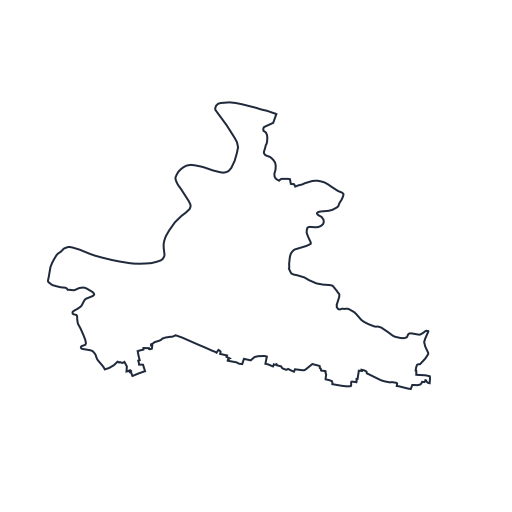 Binh Luc, Hà Nam, Vietnam, rotated 283°
{"feature_id": "81297802B47692200365960", "entity_name": "Binh Luc", "entity_type": "district", "adm_level": 2, "iso_a3": "VNM", "parent_name": "Vietnam", "parent_adm1": "Hà Nam", "projection": "equal_earth", "projection_center": [106.037, 20.489], "detail": "fine", "context": "isolated", "style": "outline", "palette": "slate", "viewbox_px": 512, "rotation_deg": 283, "n_neighbors": 0, "source": "geoboundaries", "source_scale": "gbopen_adm2", "svg_char_len": 6116}
<svg xmlns="http://www.w3.org/2000/svg" viewBox="0 0 512 512"><g transform="rotate(283 256 256)"><path d="M398.9,243.9L400.0,233.2L399.9,231.1L400.0,227.1L400.4,223.0L400.7,208.4L400.5,201.5L399.7,195.4L397.2,187.4L396.4,185.8L395.5,184.6L393.4,183.3L391.0,183.0L389.5,183.4L388.9,183.9L376.7,198.1L366.3,208.6L363.5,211.1L362.1,212.1L357.8,214.1L351.8,214.2L343.9,213.8L336.2,212.1L332.7,210.2L331.5,208.8L330.5,207.1L329.8,205.2L329.6,203.0L329.6,199.4L329.7,194.6L330.6,186.4L330.8,182.7L330.6,176.0L330.2,172.5L329.8,171.1L328.6,168.3L327.3,166.6L325.8,165.0L323.6,163.2L320.6,161.4L317.3,160.4L314.5,159.9L313.3,160.1L311.2,161.2L308.7,163.1L306.8,165.0L305.0,167.2L294.5,178.0L291.7,180.3L290.7,180.8L289.2,181.1L286.9,180.8L282.4,177.8L278.2,174.3L270.6,169.4L261.3,165.6L255.7,163.9L253.7,163.5L250.5,163.2L248.2,163.2L246.0,163.5L242.9,164.3L236.9,166.5L235.7,166.7L234.5,166.5L232.4,165.9L230.7,164.6L229.7,163.3L227.9,160.3L225.5,155.6L223.8,149.9L222.3,144.4L221.2,139.3L220.6,134.6L219.9,123.7L219.7,116.6L219.8,107.1L220.1,99.2L220.7,93.7L222.5,82.8L223.0,75.1L222.9,72.6L222.6,71.3L222.0,70.1L220.3,67.5L219.6,66.9L216.2,64.8L213.7,62.4L211.9,61.4L206.6,59.7L203.4,58.9L199.0,58.2L188.3,58.8L185.7,58.8L184.8,58.9L183.8,59.7L182.1,63.4L181.8,64.7L181.6,69.6L181.6,72.8L182.2,77.4L182.1,78.2L181.6,79.0L180.7,80.2L181.1,81.8L181.6,86.1L182.1,87.1L184.9,90.8L185.6,92.4L186.4,94.8L186.5,96.0L186.2,98.4L184.2,104.6L183.7,105.6L182.8,106.6L181.9,107.0L180.3,106.0L176.2,100.1L175.4,99.4L174.1,98.7L168.7,97.3L167.4,96.7L164.1,93.7L162.3,91.6L160.8,90.2L160.1,89.9L158.8,90.2L158.2,91.1L158.1,94.2L157.6,94.9L156.5,95.4L153.9,96.1L150.1,97.6L145.8,101.4L140.2,105.6L136.1,108.4L133.6,109.6L132.4,109.9L131.2,109.7L130.8,109.3L129.2,106.7L128.7,106.2L128.0,105.9L127.3,106.0L126.9,106.3L126.5,107.0L126.4,107.7L126.9,115.6L126.8,117.0L126.4,118.5L125.1,120.3L123.9,121.7L120.1,124.1L118.8,125.4L115.1,130.4L113.3,132.6L111.5,134.2L113.8,138.0L117.4,141.9L121.9,144.9L121.4,146.6L122.0,147.2L121.7,149.7L122.3,150.7L123.2,151.6L119.4,155.0L114.3,155.8L115.0,157.1L116.4,159.0L115.9,159.9L114.9,158.7L114.4,159.4L114.8,160.2L111.3,162.6L115.4,168.4L118.8,173.8L124.6,170.4L124.5,169.2L123.8,166.6L125.1,166.1L127.6,164.8L128.3,166.1L132.8,163.8L136.7,162.1L138.1,164.6L139.5,167.4L141.0,167.0L142.1,172.4L141.3,172.7L141.3,173.7L142.3,175.4L145.2,175.1L145.2,173.8L146.5,173.7L147.0,174.8L149.2,176.5L151.7,180.8L152.9,182.3L154.6,183.5L156.2,186.2L157.9,190.4L158.4,192.3L159.9,194.7L160.7,195.4L159.9,202.4L156.6,219.8L155.4,226.8L153.8,234.9L153.4,238.0L152.9,239.3L156.0,240.5L155.7,241.6L155.0,242.9L154.2,243.1L152.5,243.1L152.6,250.1L151.1,249.9L150.3,253.4L149.6,252.6L148.9,252.1L148.1,251.9L147.6,252.0L148.0,261.0L147.3,263.2L147.3,264.3L147.6,266.9L153.1,267.4L153.1,273.8L153.2,274.4L157.1,277.2L157.5,277.8L158.8,280.5L160.4,286.4L160.5,287.3L160.4,289.2L153.1,289.4L153.1,292.3L152.2,297.4L153.2,297.7L154.4,297.7L154.3,299.0L154.4,299.4L155.2,300.1L155.2,300.4L154.2,301.0L154.1,305.3L152.8,306.5L152.3,307.9L151.9,311.1L153.2,312.7L152.4,315.8L151.8,319.0L154.4,319.5L155.2,327.4L155.7,328.9L156.5,329.8L163.4,335.2L163.2,341.9L163.0,342.9L161.2,343.4L160.9,344.4L159.2,345.1L159.0,345.4L159.5,349.2L159.5,349.5L159.2,349.8L158.1,349.9L156.5,350.9L155.8,351.1L152.8,351.3L151.5,351.6L151.5,355.4L151.2,357.9L150.8,358.4L149.5,359.0L148.3,359.2L148.8,368.5L149.2,372.3L149.7,375.1L150.5,377.6L151.5,377.8L154.3,377.1L155.0,377.3L155.3,378.3L155.6,382.2L156.7,382.2L158.4,381.6L158.9,381.6L159.1,382.6L167.4,382.0L167.8,384.9L168.9,384.5L168.9,387.2L168.4,389.2L168.0,389.8L166.6,390.4L166.4,390.8L166.2,392.3L163.0,405.9L162.8,410.4L163.0,415.1L163.7,416.8L164.0,421.6L163.5,422.2L161.0,422.4L161.2,424.6L161.0,434.3L161.2,436.7L165.5,437.3L166.5,442.5L167.7,444.9L168.8,445.7L170.8,446.2L171.0,448.4L171.3,448.7L171.9,448.9L173.1,449.0L173.1,449.6L172.2,450.3L171.2,451.8L171.1,452.8L171.1,453.8L175.7,453.1L177.9,452.4L177.9,448.1L176.3,438.9L180.2,438.0L180.3,437.3L183.9,437.1L186.0,437.4L186.5,437.7L186.9,438.3L187.5,440.2L193.9,443.9L198.1,445.5L199.2,445.8L200.0,445.7L200.7,445.3L205.8,441.3L209.9,439.2L213.3,439.4L221.3,440.9L221.6,440.6L221.5,439.0L220.8,437.9L218.0,435.5L216.3,433.5L216.0,432.4L215.6,425.2L215.3,423.7L214.9,422.7L213.9,421.9L211.2,421.4L210.7,421.1L209.8,419.8L209.3,418.9L208.8,416.7L208.6,414.7L208.6,409.4L209.2,407.0L211.6,401.6L214.2,394.8L214.5,393.7L214.7,391.0L214.0,387.9L214.0,387.1L214.9,380.9L216.1,376.1L217.4,373.0L222.2,366.4L223.0,365.0L223.5,364.0L225.1,358.6L225.2,356.7L224.3,354.0L224.1,352.0L223.2,350.5L222.7,349.3L222.7,348.5L222.9,348.0L223.9,346.6L224.3,346.2L225.7,346.0L226.3,345.6L234.8,346.3L237.1,345.9L237.7,345.6L238.8,344.0L240.0,342.8L243.8,338.0L244.3,337.2L244.3,334.5L243.2,327.7L242.9,321.0L244.4,313.0L246.0,308.0L246.5,300.8L246.4,297.5L246.6,295.7L247.0,294.3L248.4,293.0L251.1,290.9L251.8,291.1L256.0,290.0L262.9,289.2L266.1,289.4L268.4,290.3L270.3,291.5L271.2,292.5L277.1,302.8L279.1,305.4L280.3,306.6L281.1,306.4L282.1,305.9L285.2,303.4L288.3,301.2L290.2,300.1L292.8,299.6L295.1,299.8L295.9,300.6L296.4,301.5L297.5,308.1L298.2,310.1L299.9,312.5L301.6,313.8L302.6,314.3L304.9,314.3L306.8,313.4L308.8,311.1L309.8,307.6L310.3,306.7L310.9,306.0L311.9,305.9L312.8,306.7L313.7,308.4L316.3,316.4L318.0,319.8L320.6,322.9L322.0,324.3L323.2,325.0L326.4,325.4L330.0,326.7L333.5,327.4L335.7,327.4L336.1,327.2L337.0,325.9L337.2,324.9L337.8,321.2L340.6,313.5L342.0,310.1L343.1,306.2L343.3,302.5L343.2,299.2L342.6,296.6L341.7,293.9L337.9,287.2L336.2,285.1L334.4,281.5L332.5,278.6L333.2,278.2L334.6,276.7L334.2,274.9L334.1,273.7L338.5,271.8L338.3,269.7L336.9,263.5L336.2,262.6L334.6,261.6L335.4,258.7L336.3,257.3L337.7,256.2L339.1,255.7L340.4,255.4L344.5,255.6L348.4,254.9L350.5,254.0L351.7,253.2L353.7,251.0L355.1,248.6L355.7,247.2L356.1,243.7L356.6,242.0L357.9,240.7L358.6,240.4L359.9,240.3L362.7,240.6L366.3,240.6L367.4,241.0L368.6,241.1L371.1,240.9L374.3,240.3L376.1,239.6L377.8,238.5L378.7,237.6L379.7,235.1L380.9,234.6L382.4,234.5L383.5,234.9L389.6,242.8L398.9,243.9Z" fill="none" stroke="#1e293b" stroke-width="2"/></g></svg>